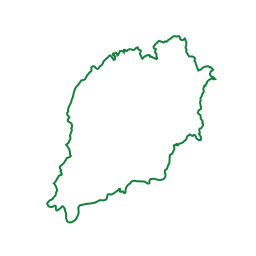 Tan Son, Phú Thọ, Vietnam (orthographic projection), rotated 256°
{"feature_id": "81297802B30557639912850", "entity_name": "Tan Son", "entity_type": "district", "adm_level": 2, "iso_a3": "VNM", "parent_name": "Vietnam", "parent_adm1": "Phú Thọ", "projection": "orthographic", "projection_center": [104.995, 21.19], "detail": "fine", "context": "isolated", "style": "outline", "palette": "green", "viewbox_px": 256, "rotation_deg": 256, "n_neighbors": 0, "source": "geoboundaries", "source_scale": "gbopen_adm2", "svg_char_len": 5862}
<svg xmlns="http://www.w3.org/2000/svg" viewBox="0 0 256 256"><g transform="rotate(256 128 128)"><path d="M163.9,224.7L167.2,222.8L167.1,222.1L167.2,221.8L168.0,221.4L168.5,220.8L168.6,220.5L168.9,216.7L168.2,214.7L167.7,213.8L167.1,213.3L167.0,212.9L167.1,211.0L166.8,210.2L169.1,209.8L176.1,209.2L176.9,208.8L177.5,208.8L178.9,209.7L179.8,209.7L181.2,208.6L182.0,207.5L182.2,205.7L182.5,204.9L182.7,204.7L183.8,204.3L184.6,203.9L185.3,203.8L187.5,203.0L188.0,202.9L188.4,203.0L189.3,203.6L189.8,203.7L191.1,203.5L191.9,203.2L194.4,204.6L195.7,204.9L196.6,205.3L198.1,205.0L200.4,205.1L201.1,205.0L201.2,204.7L200.4,203.7L200.1,203.0L200.2,202.1L200.6,201.0L201.5,200.2L202.1,200.1L202.6,200.3L203.5,200.2L204.8,199.8L204.9,199.6L205.0,198.7L204.9,197.7L204.9,197.1L205.7,196.1L205.9,193.7L205.7,193.2L205.0,192.3L203.7,188.6L202.3,186.1L202.3,185.9L203.1,185.0L203.1,184.8L202.7,184.2L202.4,183.2L202.9,182.7L205.0,179.1L204.9,178.7L204.2,177.7L204.1,177.0L203.3,176.4L202.9,175.1L202.1,174.4L201.4,173.1L200.7,172.5L199.8,172.3L199.3,172.4L198.7,172.9L198.1,173.9L197.7,174.1L197.4,174.0L196.0,172.8L195.3,172.6L194.5,172.7L193.0,173.5L190.7,172.9L189.8,173.0L188.8,173.2L188.2,172.8L188.0,172.2L188.6,171.6L189.5,170.2L191.5,168.0L191.6,167.7L191.7,166.4L191.9,166.3L192.8,166.8L193.0,166.8L193.4,166.6L193.9,166.0L193.9,164.0L193.4,161.5L191.8,158.7L192.6,158.3L195.0,158.1L196.1,157.6L196.8,157.5L197.4,157.5L199.1,158.9L199.7,159.1L200.5,158.9L201.4,157.5L201.8,157.1L202.1,156.9L203.8,157.0L204.0,156.5L203.9,155.7L203.7,155.3L202.5,153.2L202.4,152.3L202.5,151.9L203.7,149.6L204.1,148.6L203.7,146.2L203.1,145.7L203.1,145.2L203.4,144.5L204.1,144.3L204.6,143.8L204.8,143.3L204.8,143.0L204.3,142.7L203.4,142.7L202.4,142.3L203.8,141.6L204.0,141.4L204.5,138.8L201.3,136.0L201.0,135.3L203.4,135.0L204.0,134.5L203.7,133.9L203.5,132.8L204.0,131.8L203.8,131.5L202.9,131.1L202.5,131.1L200.8,132.7L200.4,132.8L197.6,131.8L197.8,130.4L198.7,130.5L199.6,130.0L202.8,128.3L202.8,127.7L202.3,126.8L201.3,125.5L200.4,123.4L198.8,120.7L198.4,120.2L197.0,119.4L195.5,117.8L195.2,117.4L194.8,116.1L194.5,115.4L193.0,113.8L192.8,113.2L192.8,112.4L193.8,111.4L195.4,110.5L196.1,109.9L196.4,108.9L195.9,107.3L195.5,107.0L194.4,106.9L191.8,106.0L191.3,104.1L189.5,102.0L189.0,100.9L188.2,100.5L187.8,99.9L186.1,98.5L185.8,98.2L185.3,96.3L185.4,94.3L185.3,93.9L185.1,93.6L183.3,91.8L181.1,88.9L180.6,87.9L179.0,86.2L175.9,84.2L171.5,82.1L169.1,80.2L167.3,79.4L166.3,78.7L163.9,76.6L162.2,75.3L160.5,74.3L158.7,74.0L157.8,73.3L157.3,72.6L156.9,72.3L155.9,72.3L155.3,72.4L153.2,73.3L152.7,73.7L151.1,72.0L150.0,71.3L149.0,71.4L146.4,73.9L146.0,74.3L145.5,74.3L144.4,74.3L142.7,73.9L142.0,73.6L141.5,72.8L140.3,73.0L139.2,72.9L134.8,69.9L134.4,69.8L132.4,69.8L131.1,69.3L130.1,68.2L128.3,67.0L127.8,66.3L126.8,64.0L123.2,65.4L121.5,65.8L120.2,65.9L118.0,65.8L116.4,65.3L115.7,65.4L114.8,65.8L114.3,65.2L114.1,64.6L113.8,63.3L113.7,61.4L111.9,59.8L110.9,58.6L109.8,57.6L108.4,55.5L107.6,53.4L107.0,52.7L106.3,52.3L105.4,52.2L105.0,52.2L104.1,52.8L103.1,53.0L102.3,52.1L101.9,51.9L100.1,52.6L98.9,52.5L98.7,52.3L98.6,51.7L98.6,50.0L98.2,49.2L93.9,45.1L92.2,42.7L91.5,43.1L88.8,43.9L87.6,44.1L86.5,44.1L84.8,44.3L84.0,43.8L83.1,42.8L81.1,41.9L80.3,41.4L79.3,40.2L78.9,39.3L78.2,38.5L77.5,38.0L77.4,37.3L77.0,36.6L76.8,34.8L74.9,31.8L74.3,31.3L72.4,31.6L71.3,31.9L70.5,33.0L69.7,34.7L69.7,35.3L70.3,37.3L70.4,38.0L70.0,38.9L69.1,38.9L67.2,38.5L66.3,38.4L65.5,38.6L65.2,39.1L65.2,39.7L66.3,42.5L66.7,43.4L67.8,45.0L67.9,45.6L67.6,46.0L66.6,46.5L65.1,47.0L63.7,47.1L62.7,46.9L60.9,47.2L59.2,47.0L55.3,46.1L52.4,46.3L51.2,47.3L50.6,48.2L50.1,50.6L50.7,51.5L50.8,52.7L51.2,54.0L52.1,55.3L53.9,57.0L55.5,58.3L57.9,59.7L61.5,60.3L63.0,60.7L64.1,61.8L64.6,62.7L64.5,68.7L63.8,73.2L63.6,78.1L64.3,81.3L64.7,82.7L64.7,83.8L64.0,85.7L63.7,86.9L63.7,88.5L63.9,89.3L64.5,90.2L67.7,91.7L68.2,92.2L68.4,93.2L68.2,94.1L67.7,95.0L67.5,96.0L67.8,97.7L69.7,102.5L70.8,104.4L71.0,105.0L70.9,105.5L70.5,105.5L69.9,105.4L69.0,104.7L68.1,105.0L67.7,105.8L67.9,107.3L67.8,107.6L65.9,108.5L65.6,108.8L65.5,109.3L66.1,109.9L67.4,110.3L70.2,111.5L71.4,112.6L73.1,114.7L73.8,116.8L75.1,118.2L75.5,119.1L75.5,120.0L75.3,121.5L74.3,123.3L72.5,129.7L71.9,131.2L69.5,133.6L69.1,134.3L69.2,135.3L71.6,136.1L72.4,136.7L73.0,137.7L72.3,141.5L70.9,143.6L70.1,145.7L69.7,147.4L69.7,149.7L70.2,150.9L71.6,152.4L72.8,152.9L74.6,153.2L75.4,152.8L75.9,152.9L76.3,153.3L77.9,153.6L78.6,154.8L79.0,156.0L82.3,158.0L82.9,158.8L83.8,159.6L91.5,162.0L91.9,162.7L92.3,164.5L95.6,167.3L96.4,167.9L98.1,168.3L100.0,168.3L100.3,170.2L100.8,171.3L100.4,171.7L99.5,171.3L99.1,172.1L100.1,173.3L100.4,174.1L100.4,176.4L100.7,177.6L102.7,181.4L103.2,182.0L105.2,183.1L105.8,183.7L106.2,185.1L106.9,186.1L105.0,188.2L104.8,188.6L104.7,189.1L105.3,190.0L105.2,190.5L104.8,191.2L104.6,191.3L102.5,191.9L101.5,191.8L99.5,193.4L99.3,193.8L99.0,193.9L99.1,194.9L98.8,195.6L100.6,196.5L101.4,196.6L102.0,196.5L105.0,195.4L105.5,196.2L106.0,196.5L106.6,196.6L108.1,196.5L109.2,196.8L110.0,197.4L109.9,198.4L110.0,198.7L111.4,200.5L112.5,201.4L113.2,201.8L113.6,201.8L114.9,201.3L116.2,202.0L116.8,202.0L119.4,200.8L121.5,201.3L122.5,201.4L123.1,201.2L124.9,199.8L125.4,199.5L125.9,199.4L127.5,200.4L127.9,201.1L128.4,201.6L128.5,202.3L128.9,203.4L129.7,203.7L130.8,204.0L131.8,203.8L135.4,204.1L135.9,204.3L136.6,204.9L137.1,205.1L138.5,205.3L139.4,205.6L140.7,206.9L141.4,207.5L142.8,208.1L143.4,208.6L143.9,209.5L144.4,210.0L146.0,210.5L146.9,210.4L148.1,210.7L148.9,211.3L149.8,211.6L150.4,212.1L150.5,212.4L150.3,213.3L151.0,213.3L151.4,214.1L152.2,215.2L152.6,215.3L153.4,215.4L154.7,217.5L155.3,218.6L155.4,219.8L155.8,220.9L155.4,221.9L154.7,222.6L154.4,224.3L155.7,223.7L156.8,222.8L158.3,221.0L159.3,220.6L159.9,220.6L160.3,220.4L160.8,220.6L161.6,221.3L162.6,221.8L163.9,224.7Z" fill="none" stroke="#15803d" stroke-width="2"/></g></svg>